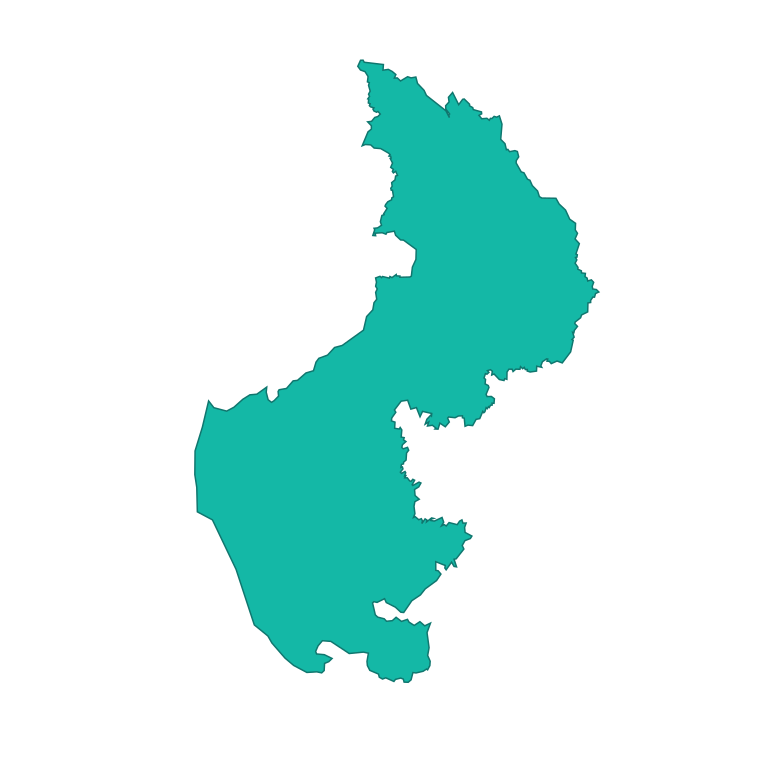 North East Gonja, Northern, Ghana, rotated 28°
{"feature_id": "2480657B30922977157044", "entity_name": "North East Gonja", "entity_type": "district", "adm_level": 2, "iso_a3": "GHA", "parent_name": "Ghana", "parent_adm1": "Northern", "projection": "robinson", "projection_center": [-0.531, 8.741], "detail": "fine", "context": "isolated", "style": "filled", "palette": "teal", "viewbox_px": 768, "rotation_deg": 28, "n_neighbors": 0, "source": "geoboundaries", "source_scale": "gbopen_adm2", "svg_char_len": 6154}
<svg xmlns="http://www.w3.org/2000/svg" viewBox="0 0 768 768"><g transform="rotate(28 384 384)"><path d="M530.5,201.9L527.2,200.9L523.7,202.1L522.0,200.0L521.4,195.8L518.2,194.7L515.5,197.4L513.6,195.1L511.1,194.9L509.9,191.8L506.2,193.2L505.1,191.4L501.2,191.6L500.5,189.9L496.0,187.6L496.0,183.9L493.7,182.4L494.8,181.4L494.0,179.1L492.4,179.1L490.6,168.4L484.6,166.2L484.1,160.1L480.6,158.2L477.7,152.2L470.6,151.3L462.6,145.2L454.2,142.9L448.6,139.3L436.1,145.7L433.2,145.6L429.0,141.5L421.8,139.2L417.2,135.6L414.5,135.8L408.4,131.8L405.6,132.3L396.9,126.8L395.9,124.6L396.3,120.2L392.6,116.1L390.0,116.5L385.8,119.9L383.2,118.7L382.1,119.7L378.0,115.0L372.2,113.2L366.2,99.2L360.0,93.1L358.2,95.5L355.6,96.0L354.7,98.9L353.2,99.5L353.2,101.7L350.1,101.1L345.8,103.9L341.7,102.2L343.4,99.6L342.3,98.0L334.0,99.8L332.6,98.3L328.9,98.2L328.2,96.8L321.0,94.7L319.8,95.7L318.8,102.3L307.7,94.4L306.3,100.6L309.0,104.4L307.8,109.4L309.5,112.2L315.2,114.8L314.8,116.0L316.7,118.1L310.4,113.7L286.0,109.3L281.5,105.9L272.5,102.9L268.0,98.0L264.2,101.0L260.6,101.6L256.3,108.7L252.1,107.5L249.5,109.0L249.2,105.2L244.6,104.2L240.1,104.2L235.8,107.4L233.5,102.2L215.5,109.2L213.5,107.9L211.3,109.2L211.7,115.8L215.8,117.8L220.6,117.1L225.6,120.0L227.5,125.0L229.6,124.9L230.1,127.5L234.3,131.9L234.3,135.4L236.2,136.8L235.8,139.9L236.8,139.8L238.2,143.2L240.2,143.1L240.4,145.1L242.0,145.6L245.5,144.9L245.2,146.5L247.0,147.7L249.9,147.5L250.7,146.2L254.0,147.4L253.0,150.7L250.7,153.0L249.7,157.9L246.5,160.2L251.6,161.9L253.2,164.9L251.5,168.8L252.9,183.9L255.1,181.3L260.0,179.1L264.5,180.3L270.6,177.7L279.4,178.0L281.6,178.5L281.4,180.4L283.0,179.8L284.2,181.2L283.5,181.9L287.8,184.9L288.2,189.6L291.5,190.1L291.6,192.4L293.2,193.2L294.5,190.7L298.0,193.5L296.6,194.9L297.9,198.6L296.2,202.6L298.4,205.6L298.1,208.0L299.4,209.5L300.5,208.9L304.5,214.2L303.5,216.0L304.2,217.8L301.8,221.3L301.2,224.8L301.4,226.5L304.3,227.5L303.8,233.8L304.6,234.4L303.0,236.2L304.6,242.4L307.3,245.0L305.0,249.2L302.1,251.2L303.4,252.2L304.4,258.1L307.0,257.0L305.4,255.0L311.4,251.3L315.4,250.8L315.4,248.9L321.4,244.2L324.4,247.2L331.0,249.0L333.7,247.8L349.3,250.1L353.7,259.0L354.2,267.5L357.5,275.9L356.6,277.4L347.9,282.3L347.4,281.2L344.2,282.7L343.4,281.6L341.1,286.3L338.8,286.3L339.0,288.0L332.2,289.8L331.9,291.2L329.9,290.8L326.8,294.3L329.6,297.7L330.7,301.6L333.4,303.2L333.6,307.0L337.8,312.6L337.0,316.9L339.3,323.8L337.0,332.6L340.6,346.1L329.0,369.6L323.2,375.0L320.6,385.0L314.4,391.9L313.7,396.6L315.5,405.4L309.9,410.9L305.9,421.4L302.3,423.9L300.0,433.7L294.1,438.3L294.0,440.3L296.6,444.2L294.8,450.3L293.3,453.0L289.1,452.3L283.9,446.6L281.9,441.8L276.5,452.7L270.7,456.5L266.5,463.8L262.4,475.0L257.8,481.8L244.9,484.8L237.1,481.3L243.9,507.4L248.6,531.8L259.5,552.8L267.3,563.3L279.2,584.5L296.3,584.5L340.4,617.1L382.6,657.6L399.8,661.0L406.6,665.3L425.3,672.5L436.4,674.9L451.3,674.9L459.8,669.7L464.6,668.3L465.7,665.1L462.7,658.6L465.6,655.1L467.0,650.7L458.4,651.0L451.2,654.0L449.2,652.2L448.7,646.1L450.1,639.6L457.9,636.2L479.8,638.3L491.7,630.4L496.6,629.0L499.2,636.9L501.5,640.4L505.9,643.5L515.3,642.7L517.5,645.1L521.2,645.2L523.5,642.6L532.4,642.0L532.8,639.4L536.8,635.8L539.6,635.5L541.7,637.8L545.4,636.0L546.8,632.5L545.0,625.2L547.9,624.1L553.4,619.3L555.4,615.7L556.7,615.9L556.7,611.1L554.9,607.1L550.0,603.2L547.6,595.7L538.7,583.3L537.3,573.3L533.5,578.4L527.3,577.0L524.0,583.0L517.9,582.5L515.2,580.8L510.9,585.4L504.2,584.3L502.4,589.1L497.6,592.3L494.4,591.2L487.9,592.8L484.7,591.9L476.7,582.7L477.2,581.0L480.4,580.1L485.3,573.3L488.6,575.9L498.8,575.7L506.0,577.6L508.7,576.5L510.3,562.3L515.2,553.1L516.6,545.5L522.7,532.8L523.5,525.1L519.5,523.5L517.2,524.2L513.1,516.6L523.3,515.5L524.1,517.9L526.1,518.9L527.3,509.6L531.5,512.2L533.9,511.4L528.1,505.8L529.8,504.5L532.0,492.2L528.9,489.9L529.0,484.3L532.8,479.9L533.0,477.0L525.3,477.0L522.5,472.8L521.8,468.2L519.0,469.8L516.6,467.4L515.1,469.6L514.7,473.8L506.5,475.8L505.6,480.1L503.1,479.9L501.4,482.3L501.6,478.0L497.9,474.6L492.8,481.4L489.3,482.6L488.9,481.4L490.9,479.4L488.9,479.9L486.3,485.8L485.8,484.0L483.6,483.8L482.9,489.5L482.2,486.8L480.2,485.4L478.4,487.5L473.8,486.5L472.7,488.0L472.2,484.0L467.9,477.9L466.5,473.4L469.2,469.2L463.8,467.9L460.5,462.8L463.0,458.5L463.1,454.1L461.0,454.2L457.1,460.1L456.2,459.8L456.2,454.6L454.2,454.6L453.6,457.2L452.1,457.5L448.6,455.9L446.3,457.1L446.3,454.7L445.3,455.4L444.8,452.1L443.6,451.4L441.4,454.7L439.8,454.1L440.6,450.1L439.2,448.6L438.1,449.8L437.2,446.8L438.7,445.4L438.0,443.9L439.2,440.8L436.3,434.3L436.9,430.9L434.5,428.9L431.4,432.2L429.5,431.7L428.8,428.9L430.4,424.5L427.5,424.2L427.0,421.9L424.1,422.8L421.3,416.2L418.7,414.8L418.6,416.6L414.2,418.1L411.6,412.5L407.9,413.1L406.8,410.3L407.7,403.4L405.4,402.0L407.2,391.1L412.5,387.2L419.5,393.6L423.7,389.6L431.2,396.0L430.9,390.1L440.0,387.6L440.9,389.9L439.9,389.5L438.4,395.0L439.2,400.1L441.3,396.5L442.1,400.7L446.1,397.7L450.4,398.5L450.1,399.8L452.9,398.5L451.7,392.3L458.2,393.0L459.5,386.9L456.2,384.3L456.5,382.8L462.6,380.4L464.8,377.2L468.2,375.3L469.1,377.0L470.9,376.5L475.4,383.3L477.4,380.9L481.8,379.1L481.9,372.0L484.8,369.6L484.1,361.8L485.6,362.5L486.1,361.1L485.3,356.9L486.8,357.3L486.9,355.0L488.0,355.3L488.0,352.8L489.4,351.8L488.4,350.2L490.2,349.4L488.4,345.2L484.7,344.6L480.9,346.7L479.0,345.2L478.3,337.8L476.8,336.4L473.2,336.4L471.5,332.3L469.5,331.7L468.7,327.2L470.3,327.0L471.2,324.5L469.0,323.7L471.3,321.4L473.7,321.9L474.9,325.5L476.5,323.5L483.7,325.9L488.3,324.6L488.1,322.6L490.3,322.2L487.0,315.7L487.3,312.3L490.2,310.8L492.1,312.4L493.4,309.0L497.1,307.2L496.4,304.6L499.3,305.4L500.0,303.5L502.0,304.9L503.7,303.9L504.3,305.3L507.4,304.8L512.6,301.0L510.5,296.6L515.4,295.2L514.0,294.4L513.4,290.0L515.8,285.4L516.9,285.1L517.1,287.3L519.5,286.4L522.1,287.5L526.0,282.5L531.5,281.7L533.7,268.0L530.5,256.5L529.1,256.5L529.9,253.4L526.3,249.8L527.6,249.6L526.9,247.3L527.8,242.3L524.1,241.1L523.7,239.5L526.5,233.2L526.0,230.3L530.0,224.7L526.0,216.7L528.2,215.0L527.2,213.2L527.6,209.2L529.1,208.5L528.3,204.8L530.5,201.9Z" fill="#14b8a6" stroke="#0f766e" stroke-width="1.5"/></g></svg>